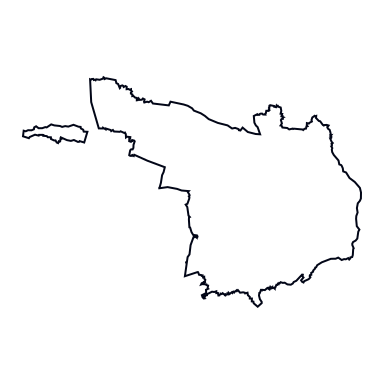 outline of Karanganyar, Jawa Tengah, Indonesia
{"feature_id": "22746128B38192287274107", "entity_name": "Karanganyar", "entity_type": "district", "adm_level": 2, "iso_a3": "IDN", "parent_name": "Indonesia", "parent_adm1": "Jawa Tengah", "projection": "mercator", "projection_center": [110.98, -7.62], "detail": "fine", "context": "isolated", "style": "outline", "palette": "ink", "viewbox_px": 384, "rotation_deg": 0, "n_neighbors": 0, "source": "geoboundaries", "source_scale": "gbopen_adm2", "svg_char_len": 5969}
<svg xmlns="http://www.w3.org/2000/svg" viewBox="0 0 384 384"><path d="M91.2,102.1L98.8,128.4L102.8,128.5L103.0,127.7L105.7,129.4L105.8,128.5L110.6,130.0L111.2,131.1L112.9,130.0L114.0,131.5L119.8,131.8L120.6,131.3L124.6,133.1L125.0,132.7L125.8,134.1L126.0,137.4L126.9,136.7L130.3,137.1L130.1,138.5L129.3,138.5L129.2,141.2L130.9,141.8L131.3,140.8L132.2,141.0L132.3,140.1L134.2,140.6L134.7,141.3L133.5,144.9L133.4,147.9L132.6,149.4L131.2,149.3L130.2,150.3L129.2,155.2L129.7,155.6L130.8,155.9L131.5,155.4L132.0,155.8L132.5,155.1L133.8,156.0L134.3,154.8L147.4,160.7L164.8,167.2L163.6,172.1L162.1,175.2L160.9,182.9L159.6,187.5L159.4,188.2L158.3,188.4L167.6,187.1L177.1,188.9L181.6,190.5L188.7,191.1L187.8,192.0L189.5,194.8L189.6,195.6L188.8,196.3L189.4,197.4L189.2,198.8L187.4,203.8L185.7,204.6L187.3,207.1L188.5,215.6L189.8,217.0L189.0,217.4L188.9,219.7L189.4,227.3L190.1,227.5L191.5,232.1L193.2,234.9L196.9,235.4L197.5,236.3L197.2,236.9L198.1,237.3L196.7,237.2L196.7,236.2L196.1,236.6L196.3,237.4L194.9,236.4L194.4,237.2L194.0,237.2L193.7,236.6L190.6,245.1L189.5,254.4L187.6,257.1L184.9,276.2L197.5,272.1L198.1,272.2L199.1,274.8L201.1,275.0L201.6,275.8L202.6,275.4L203.1,277.4L204.2,276.9L204.3,278.8L205.3,279.7L205.0,281.4L204.2,281.7L204.7,282.3L201.7,283.2L201.1,284.5L202.2,284.1L206.4,284.4L206.5,285.1L208.1,285.6L207.6,288.4L208.1,288.8L206.0,289.8L206.2,293.0L201.9,295.2L202.6,297.3L203.8,298.5L204.3,298.4L203.6,297.9L204.0,297.4L203.6,296.7L204.3,296.0L204.9,296.8L205.5,295.5L207.0,295.2L207.1,294.2L212.0,291.7L214.2,292.0L216.3,291.3L216.3,293.1L217.9,293.0L218.4,295.5L219.3,295.4L219.5,294.7L220.7,294.3L220.7,293.6L222.0,293.9L222.7,293.2L223.9,294.3L225.0,294.2L225.0,295.3L225.5,295.5L226.4,294.3L228.0,294.4L227.8,293.5L228.6,293.8L228.7,292.9L229.7,293.9L232.0,292.1L232.5,292.9L233.1,292.1L234.0,292.4L234.0,291.6L234.9,291.7L236.6,290.3L237.0,291.0L237.9,290.1L240.1,292.7L243.1,292.3L244.8,292.7L245.1,293.4L247.5,292.7L247.9,295.2L249.8,296.9L249.8,298.5L251.9,298.5L251.8,301.4L253.4,301.6L253.7,303.3L257.7,306.7L261.7,303.1L261.7,301.9L259.9,299.2L259.0,295.6L259.3,293.0L259.9,292.9L260.9,290.0L261.9,290.4L262.1,289.8L264.9,290.1L267.3,288.0L268.5,288.8L268.2,287.8L269.1,287.6L269.8,288.5L270.3,287.0L270.9,287.8L271.7,287.3L271.4,288.4L273.5,287.7L274.6,288.6L274.5,287.5L275.3,287.5L276.4,284.8L277.4,284.9L277.9,283.7L278.7,284.1L279.1,283.0L279.8,283.2L280.6,282.2L282.8,282.9L284.7,282.7L287.4,284.4L290.8,284.7L292.8,283.5L293.7,282.0L296.3,280.8L302.1,274.6L302.8,274.7L302.5,276.4L303.5,277.5L301.1,280.3L302.1,281.8L303.5,282.5L304.2,281.2L308.6,279.2L309.7,278.1L310.4,277.2L309.7,276.2L309.9,275.2L311.3,274.8L311.2,272.9L313.1,271.7L313.2,270.5L315.1,268.5L315.2,267.6L316.2,267.2L317.2,265.2L321.8,262.3L330.9,258.8L335.7,258.7L338.2,257.6L341.7,260.0L344.1,259.1L345.8,259.3L348.2,258.1L349.2,259.5L350.2,258.5L350.4,257.4L352.2,257.0L352.8,255.0L353.2,249.0L353.7,248.3L352.3,245.0L352.3,243.6L353.1,242.0L355.6,240.6L357.3,238.6L358.3,231.6L359.4,229.6L356.8,226.2L356.1,218.8L356.3,216.0L357.6,212.5L356.9,208.1L357.8,203.3L359.9,200.8L360.9,198.5L361.0,192.5L359.9,187.9L354.8,182.0L349.5,178.0L346.1,172.5L343.2,171.4L342.8,168.3L341.7,165.8L341.2,165.1L339.3,164.4L338.5,160.5L333.8,155.0L332.2,152.1L331.8,149.5L332.3,148.1L331.3,146.4L331.8,146.2L332.0,144.8L331.5,143.9L332.7,143.0L331.6,141.8L330.1,138.2L331.2,137.9L331.4,136.9L330.5,136.3L331.1,135.4L330.4,135.6L330.3,134.7L330.8,134.3L330.2,131.6L329.6,129.8L328.2,128.9L327.3,127.4L327.5,125.9L328.2,126.1L328.6,125.5L326.6,124.9L323.7,125.1L323.6,125.4L322.8,124.9L320.2,121.3L318.8,120.9L316.0,118.0L316.2,115.9L314.8,116.3L314.5,115.9L312.3,117.5L311.5,120.1L311.9,121.5L309.3,122.9L308.8,123.6L306.9,123.1L306.8,125.2L307.5,126.2L306.4,126.5L306.0,128.6L304.5,128.8L303.2,130.0L302.7,129.5L294.0,128.7L293.1,129.0L292.7,128.6L289.2,129.4L287.2,128.0L282.4,127.5L281.6,125.7L280.6,125.5L281.9,123.4L280.9,120.1L281.5,119.1L282.9,118.8L282.6,117.7L283.4,117.3L282.7,117.0L282.6,116.1L281.5,116.1L282.2,113.9L280.6,113.7L281.3,110.9L280.7,107.5L278.6,106.8L277.8,105.8L277.0,106.5L276.5,105.7L276.0,107.2L274.1,106.7L274.1,106.0L270.2,105.2L269.5,105.6L269.7,106.2L269.0,107.3L269.4,108.0L268.8,109.2L269.5,110.1L268.7,110.9L266.3,110.8L265.8,113.3L265.2,113.8L265.4,114.6L263.0,114.5L262.1,113.6L260.4,113.7L259.3,114.3L259.3,114.8L257.3,114.9L257.1,114.3L253.8,116.0L254.4,122.7L255.9,125.5L257.6,127.1L260.1,134.3L255.7,134.0L247.8,132.0L242.6,127.6L240.4,130.5L238.9,130.2L238.8,129.4L238.0,128.9L235.1,127.9L232.1,128.5L227.6,125.4L217.8,122.9L208.7,119.1L204.9,115.9L200.8,113.3L193.9,110.6L192.1,108.3L187.8,105.8L183.7,104.5L170.5,101.7L168.8,105.4L152.9,103.5L151.0,100.8L148.7,102.2L147.1,101.7L144.3,102.5L144.0,101.8L144.6,99.4L142.9,98.5L141.9,99.7L139.7,99.9L138.7,98.5L138.0,100.1L136.8,100.3L136.8,97.9L135.1,97.6L133.3,95.9L132.3,96.1L132.4,94.5L130.9,93.6L130.9,92.6L132.0,91.5L131.0,90.4L131.0,89.2L129.6,89.7L128.5,89.0L126.6,89.2L126.7,86.7L125.4,86.0L123.7,87.0L123.1,85.8L122.3,85.4L120.0,86.2L120.2,87.8L119.8,88.2L118.1,84.0L116.4,83.2L115.6,80.1L106.3,78.3L104.7,79.0L104.5,77.9L103.5,77.3L103.0,78.6L99.7,79.8L96.2,79.3L95.6,80.3L94.7,79.7L93.8,80.0L93.2,78.9L91.4,79.1L90.8,79.9L90.1,79.5L91.2,102.1ZM23.0,136.3L28.9,138.2L29.7,137.0L35.0,134.7L38.7,135.6L39.0,134.9L42.9,134.9L43.4,135.0L43.3,135.8L46.8,136.1L47.7,137.2L50.9,137.3L51.0,139.0L54.2,140.5L55.5,140.4L56.7,142.5L58.1,143.1L58.8,141.3L59.7,141.7L60.2,141.2L60.5,138.5L61.6,138.8L61.8,138.4L60.8,138.0L60.9,137.4L66.9,140.1L70.9,140.9L73.9,140.0L77.9,141.9L79.1,141.8L79.6,141.1L84.2,142.5L87.4,131.8L83.7,131.6L83.2,129.7L80.8,128.4L80.6,126.9L78.5,126.7L73.5,124.8L68.3,126.6L65.2,126.1L62.1,126.9L60.0,126.0L54.3,125.4L51.2,124.4L46.7,127.4L45.3,127.1L42.2,128.2L38.6,128.2L36.1,126.3L34.2,127.4L33.9,129.3L31.5,130.3L28.1,130.2L25.7,131.3L23.7,130.7L23.0,136.3ZM186.7,262.4L185.9,262.4L185.1,262.5L186.7,262.4Z" fill="none" stroke="#020617" stroke-width="2"/></svg>